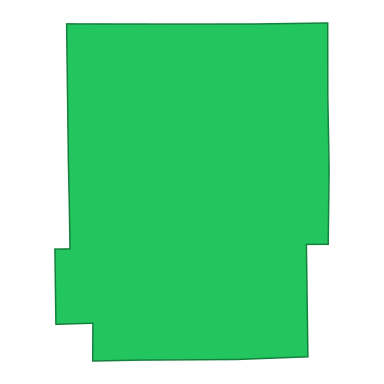 Kosciusko, Indiana, United States of America
{"feature_id": "52423323B75702565689180", "entity_name": "Kosciusko", "entity_type": "district", "adm_level": 2, "iso_a3": "USA", "parent_name": "United States of America", "parent_adm1": "Indiana", "projection": "mercator", "projection_center": [-85.876, 41.239], "detail": "fine", "context": "isolated", "style": "filled", "palette": "green", "viewbox_px": 384, "rotation_deg": 0, "n_neighbors": 0, "source": "geoboundaries", "source_scale": "gbopen_adm2", "svg_char_len": 358}
<svg xmlns="http://www.w3.org/2000/svg" viewBox="0 0 384 384"><path d="M54.9,249.1L55.9,324.3L92.9,323.2L92.7,361.0L139.8,360.1L236.1,359.5L307.9,356.8L306.4,244.4L328.2,244.3L329.1,169.7L328.7,144.8L327.8,96.5L327.7,23.0L253.5,24.0L178.2,24.1L66.6,23.9L68.4,162.3L69.3,204.6L70.0,248.9L54.9,249.1Z" fill="#22c55e" stroke="#15803d" stroke-width="1.5"/></svg>